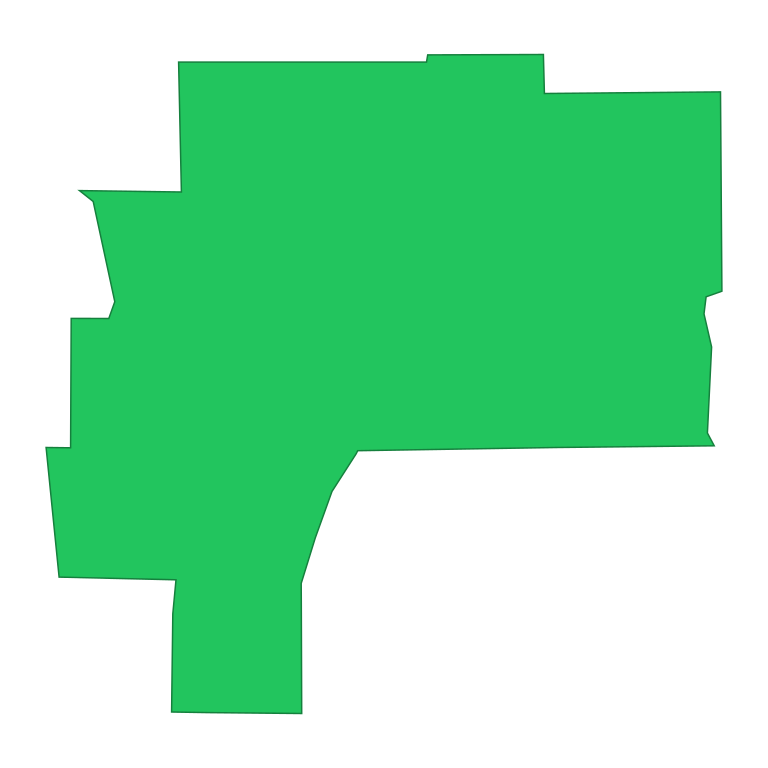 outline of Ontario, New York, United States of America
{"feature_id": "52423323B27260501944339", "entity_name": "Ontario", "entity_type": "district", "adm_level": 2, "iso_a3": "USA", "parent_name": "United States of America", "parent_adm1": "New York", "projection": "albers", "projection_center": [-77.313, 42.808], "detail": "fine", "context": "isolated", "style": "filled", "palette": "green", "viewbox_px": 768, "rotation_deg": 0, "n_neighbors": 0, "source": "geoboundaries", "source_scale": "gbopen_adm2", "svg_char_len": 538}
<svg xmlns="http://www.w3.org/2000/svg" viewBox="0 0 768 768"><path d="M720.5,91.9L544.4,93.5L543.4,54.5L427.7,54.9L426.5,62.1L297.0,62.1L178.6,62.1L181.4,192.0L79.5,190.6L93.2,201.5L114.8,301.7L108.8,318.5L71.2,318.4L70.6,447.8L46.1,447.5L59.1,577.1L176.0,579.8L172.8,613.9L171.6,712.0L208.5,712.6L301.7,713.5L301.3,601.6L301.2,583.4L315.3,537.8L332.0,491.4L356.2,453.7L357.7,450.7L555.8,447.5L714.2,445.8L707.4,433.0L711.6,347.0L704.0,313.9L706.1,296.8L721.9,291.2L720.5,91.9Z" fill="#22c55e" stroke="#15803d" stroke-width="1.5"/></svg>